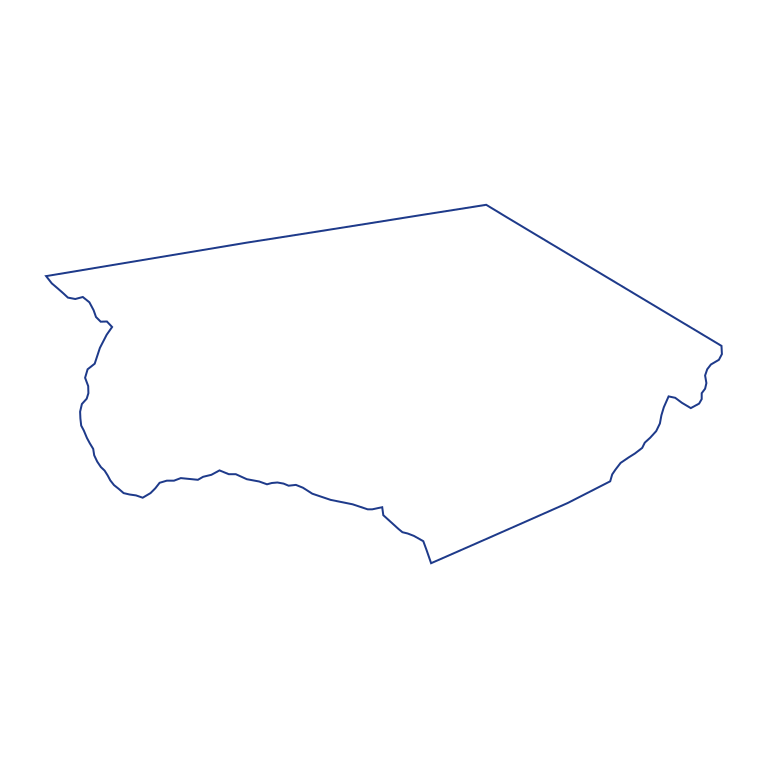 Jatobá, Maranhão, Brazil
{"feature_id": "56859067B81444589924513", "entity_name": "Jatobá", "entity_type": "district", "adm_level": 2, "iso_a3": "BRA", "parent_name": "Brazil", "parent_adm1": "Maranhão", "projection": "robinson", "projection_center": [-44.329, -5.859], "detail": "fine", "context": "isolated", "style": "outline", "palette": "blue", "viewbox_px": 768, "rotation_deg": 0, "n_neighbors": 0, "source": "geoboundaries", "source_scale": "gbopen_adm2", "svg_char_len": 1456}
<svg xmlns="http://www.w3.org/2000/svg" viewBox="0 0 768 768"><path d="M721.5,345.9L507.0,217.4L486.2,204.8L425.3,214.4L328.6,229.8L246.4,242.7L239.3,243.9L46.1,276.1L51.8,283.4L57.7,288.4L63.5,293.5L67.9,297.6L75.3,299.0L82.8,297.0L89.4,302.3L93.6,310.2L96.0,317.0L100.7,321.7L106.9,321.5L112.1,327.0L106.7,334.7L99.9,347.9L94.7,363.7L87.6,369.3L85.1,377.8L88.2,386.1L88.4,393.2L86.7,398.7L81.9,404.0L80.1,411.7L80.4,418.5L81.2,425.6L83.8,430.5L86.9,437.9L89.8,443.3L93.2,448.9L94.2,455.3L97.2,461.6L100.9,467.1L104.6,470.6L107.7,475.5L110.3,480.4L114.0,485.1L118.9,489.0L123.6,493.1L129.6,494.5L136.0,495.4L142.7,497.7L150.5,493.1L155.3,488.3L159.6,482.8L166.7,480.7L173.9,480.7L180.8,478.1L197.9,479.8L203.1,476.8L211.4,474.8L219.5,470.4L228.8,474.2L235.8,474.2L246.8,479.2L259.2,481.5L267.0,484.3L271.8,483.0L277.4,482.5L283.6,483.6L288.6,485.7L295.9,484.9L302.9,487.7L312.3,493.7L330.7,499.9L352.6,504.3L367.6,509.3L372.4,509.3L382.2,507.2L383.3,515.2L398.3,528.8L402.4,532.2L407.7,533.5L413.9,535.9L423.3,541.2L426.6,550.2L431.1,563.2L493.5,535.8L567.5,503.1L610.2,481.3L612.2,474.4L615.4,469.7L620.6,462.9L628.7,457.4L634.9,453.5L642.2,447.9L644.8,442.6L650.2,437.7L656.2,431.1L659.9,423.5L661.4,415.3L663.8,407.3L668.6,396.4L675.2,397.8L681.9,402.8L690.8,408.1L699.1,403.6L701.7,399.1L701.7,393.2L705.1,388.7L706.4,383.1L705.1,375.5L707.2,369.3L710.9,364.5L718.9,359.8L721.9,354.1L721.5,345.9Z" fill="none" stroke="#1e3a8a" stroke-width="2"/></svg>